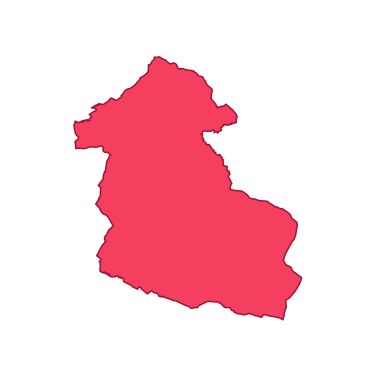 Sinca, Brasov, Romania (Mercator projection), rotated 294°
{"feature_id": "2599482B93620310031935", "entity_name": "Sinca", "entity_type": "district", "adm_level": 2, "iso_a3": "ROU", "parent_name": "Romania", "parent_adm1": "Brasov", "projection": "mercator", "projection_center": [25.18, 45.726], "detail": "fine", "context": "isolated", "style": "filled", "palette": "rose", "viewbox_px": 384, "rotation_deg": 294, "n_neighbors": 0, "source": "geoboundaries", "source_scale": "gbopen_adm2", "svg_char_len": 5904}
<svg xmlns="http://www.w3.org/2000/svg" viewBox="0 0 384 384"><g transform="rotate(294 192 192)"><path d="M205.0,301.5L207.0,300.1L207.4,298.2L207.8,297.6L208.1,295.9L209.0,293.3L211.4,290.9L212.4,287.6L213.5,280.9L212.6,279.9L212.9,275.5L212.1,274.1L213.0,271.1L213.4,266.7L214.2,264.8L211.7,257.5L211.4,256.1L211.1,252.1L209.9,248.1L210.1,246.6L212.0,243.4L213.1,237.4L210.3,228.6L210.1,225.2L212.3,225.1L214.0,224.5L215.9,224.9L216.6,223.9L218.8,221.7L220.6,218.9L221.3,218.8L224.1,219.3L224.4,218.2L225.6,218.0L226.1,217.2L225.8,216.3L226.1,214.9L227.1,214.8L227.8,214.4L229.1,214.1L229.7,213.6L229.7,213.0L229.3,212.3L228.9,210.9L229.5,209.2L231.3,209.0L233.0,207.5L234.0,207.7L234.3,206.5L235.5,205.8L236.5,203.7L237.3,202.9L237.5,202.2L237.3,201.8L236.2,201.4L236.2,199.1L237.1,197.3L237.8,197.4L237.5,195.9L237.8,194.9L238.7,195.2L239.2,194.9L238.9,194.2L239.5,192.8L240.2,192.1L240.4,191.1L241.4,190.3L241.2,189.5L242.3,188.5L242.2,187.9L241.7,187.6L241.3,186.3L241.7,186.0L241.5,185.2L242.6,184.7L242.7,183.9L243.3,182.9L242.9,181.7L244.0,181.5L244.4,180.8L245.4,181.0L245.8,179.3L248.2,178.5L248.7,178.0L248.6,177.5L249.2,177.4L248.9,176.9L251.4,177.3L252.6,178.2L253.1,178.9L253.7,181.3L255.1,183.9L255.4,184.9L257.4,185.7L257.4,186.9L255.5,188.0L255.9,188.1L256.8,189.9L256.8,190.5L256.4,191.5L258.9,192.3L260.3,193.8L262.6,192.1L263.4,193.0L265.0,193.4L265.3,193.9L266.4,193.5L267.0,195.2L267.7,195.6L267.8,196.2L267.3,196.4L267.6,197.4L270.5,201.2L270.0,199.8L270.7,199.6L272.1,202.6L273.8,204.2L275.8,203.0L279.3,202.5L281.2,200.4L283.6,195.3L286.0,187.4L283.5,186.1L281.5,183.0L279.4,181.3L282.6,176.7L284.3,172.5L286.6,170.7L293.3,169.0L294.4,167.8L295.6,163.1L296.0,162.2L297.6,160.2L298.8,159.3L299.2,157.7L301.3,155.3L301.4,153.4L300.7,151.6L300.8,150.6L302.2,148.6L302.6,145.5L303.1,144.8L302.8,142.2L301.9,139.4L301.3,136.8L300.9,136.0L301.2,135.4L301.0,133.4L299.4,130.3L299.3,128.8L300.6,127.8L302.1,125.8L302.5,124.8L302.6,123.7L302.2,122.5L300.3,120.3L300.6,116.8L301.9,113.9L301.5,111.5L302.2,107.3L301.6,106.2L300.3,104.6L300.1,103.0L297.1,103.3L295.1,102.3L293.5,102.3L290.5,101.6L290.4,100.6L284.3,103.0L282.9,102.8L278.7,100.8L275.3,98.3L272.2,98.2L269.7,97.1L268.7,97.0L265.6,95.9L261.8,93.6L259.3,90.7L257.1,89.5L253.3,88.9L251.2,88.1L250.7,88.8L249.7,88.7L248.4,87.7L245.9,86.4L244.7,85.3L245.1,82.2L245.0,80.5L244.7,79.7L244.1,79.3L242.7,79.2L241.6,78.6L240.6,78.7L238.3,76.8L236.6,76.0L235.6,74.8L235.4,73.4L235.2,73.2L235.3,72.5L234.8,72.1L234.7,71.6L234.2,71.8L234.0,71.5L234.3,70.8L233.6,71.1L232.6,70.3L233.3,70.2L233.2,69.8L232.5,69.5L232.3,69.0L231.7,69.1L231.7,68.7L231.4,68.6L231.2,68.1L228.2,66.1L228.2,66.8L228.9,68.7L229.0,70.4L227.2,71.2L225.8,69.7L221.2,66.7L219.5,69.9L218.5,69.0L217.0,68.5L216.3,68.7L215.7,69.3L215.2,68.2L214.8,68.0L215.5,67.7L215.6,67.0L214.9,66.7L214.6,65.8L213.7,65.7L213.5,65.2L213.7,64.7L212.7,64.6L212.6,64.0L212.8,63.5L212.4,63.4L211.8,63.8L211.4,63.2L211.7,62.5L211.9,62.4L211.6,62.1L210.8,62.4L210.5,61.9L210.4,61.1L209.4,60.5L209.1,59.4L209.3,59.0L209.0,58.1L209.4,57.2L208.9,56.5L208.6,57.0L207.8,57.2L205.7,56.7L202.2,58.7L198.4,61.4L196.5,64.0L196.6,64.6L196.0,66.2L193.9,66.4L192.0,65.2L190.2,64.7L189.0,65.8L184.5,68.1L186.6,72.2L186.8,73.5L188.2,76.6L189.3,77.9L191.1,79.5L193.4,84.2L193.5,85.6L197.3,90.8L197.4,91.5L197.1,92.2L196.2,93.1L194.9,93.3L193.5,94.0L192.8,95.8L193.9,99.4L193.2,100.7L193.1,102.2L185.1,101.8L176.2,104.2L175.0,104.4L174.9,103.9L170.3,104.4L168.4,105.4L166.8,105.3L159.9,103.7L159.6,104.9L159.1,105.8L159.2,106.8L151.8,109.4L151.6,109.9L148.1,109.4L148.0,109.9L141.8,109.0L139.0,115.5L138.1,115.5L136.3,118.5L135.7,121.0L136.1,121.5L135.8,123.4L135.0,125.3L133.1,128.3L131.4,130.2L129.2,133.7L126.2,132.8L124.3,131.9L124.0,131.5L118.2,131.3L115.6,130.5L114.8,130.8L114.2,130.7L113.2,131.5L113.0,132.1L111.8,132.4L111.4,132.8L111.5,133.4L109.0,132.3L106.3,131.6L95.0,130.9L94.1,134.8L93.8,135.6L93.0,136.5L90.6,135.6L90.2,137.3L88.7,137.2L88.4,137.7L87.1,138.5L84.5,139.1L82.2,140.3L82.2,140.6L82.6,141.1L81.9,141.7L82.2,142.3L82.1,142.5L82.2,143.1L82.0,143.3L82.5,143.9L82.2,143.8L82.1,144.0L82.6,144.7L82.3,144.7L82.5,145.7L82.9,145.9L82.9,146.2L82.7,146.0L82.6,146.3L83.1,146.5L83.4,147.0L82.9,147.0L83.0,147.5L82.4,147.7L83.0,148.2L83.0,149.2L82.4,149.2L82.7,149.6L82.2,149.4L82.3,150.1L82.6,150.0L82.5,150.6L82.2,150.5L82.2,151.1L82.1,150.8L81.7,151.0L81.5,151.7L81.9,152.7L81.8,153.5L82.9,154.7L83.0,155.9L84.0,156.7L83.9,156.9L84.5,157.4L85.1,157.5L85.3,157.8L85.1,158.7L84.5,159.1L84.7,159.7L84.4,159.8L84.6,159.9L84.6,160.9L84.9,161.0L84.5,161.5L84.6,161.9L84.8,162.1L84.6,162.3L84.8,162.7L85.3,162.8L85.1,163.1L85.3,163.3L84.2,165.0L82.5,165.8L82.2,167.8L82.1,174.9L81.3,175.7L81.0,181.6L84.1,182.5L83.6,184.4L83.0,185.0L80.9,192.0L80.9,192.9L85.4,195.2L84.6,197.5L85.0,200.4L85.4,200.8L85.0,202.2L83.4,204.0L83.7,205.3L83.6,206.2L84.1,207.2L84.5,207.2L84.2,207.9L84.9,208.2L85.0,208.6L84.7,209.6L84.8,212.5L85.2,213.3L85.0,214.5L85.4,215.5L85.2,216.4L85.4,217.8L85.1,218.2L86.0,221.6L85.8,230.1L86.0,231.3L85.7,231.9L85.9,234.1L86.2,235.2L85.4,238.2L85.6,239.1L87.5,241.5L88.7,244.0L90.8,244.5L91.6,245.0L97.6,250.0L98.5,251.2L100.0,254.4L100.0,255.7L100.7,256.4L101.2,258.4L101.9,259.6L101.9,261.6L101.7,263.9L99.9,268.4L100.2,270.0L101.2,272.1L101.6,273.6L101.3,274.9L100.2,275.7L100.1,279.0L99.2,279.7L99.5,281.2L99.3,282.6L99.9,285.4L100.7,286.8L100.5,288.1L101.8,291.1L104.2,292.9L103.9,293.9L104.3,294.4L104.8,296.9L104.6,298.7L104.9,301.0L105.2,301.5L105.7,306.1L106.0,306.6L107.8,306.8L109.2,307.7L109.6,308.5L110.2,313.0L111.8,318.7L111.9,319.9L112.6,322.9L112.3,326.9L115.6,326.6L119.9,325.4L125.2,324.9L130.8,321.8L132.3,322.2L133.5,323.2L135.7,324.4L143.5,326.6L151.1,327.5L154.2,327.5L158.3,327.0L160.8,315.9L163.5,313.2L163.8,307.0L167.1,303.1L174.7,302.5L188.3,303.8L189.6,304.5L194.7,304.2L205.0,301.5Z" fill="#f43f5e" stroke="#9f1239" stroke-width="1.5"/></g></svg>